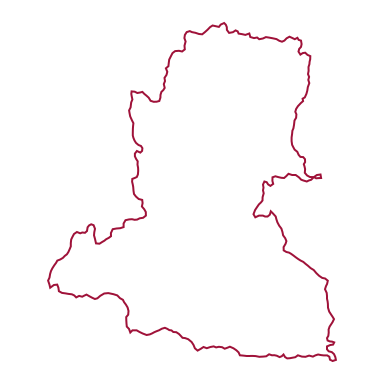 Peçanha, Minas Gerais, Brazil
{"feature_id": "56859067B17789026989145", "entity_name": "Peçanha", "entity_type": "district", "adm_level": 2, "iso_a3": "BRA", "parent_name": "Brazil", "parent_adm1": "Minas Gerais", "projection": "albers", "projection_center": [-42.509, -18.539], "detail": "fine", "context": "isolated", "style": "outline", "palette": "rose", "viewbox_px": 384, "rotation_deg": 0, "n_neighbors": 0, "source": "geoboundaries", "source_scale": "gbopen_adm2", "svg_char_len": 5443}
<svg xmlns="http://www.w3.org/2000/svg" viewBox="0 0 384 384"><path d="M76.9,232.0L74.0,234.0L72.5,236.8L71.2,239.5L70.8,243.1L70.8,246.4L69.6,249.3L68.4,252.0L66.9,254.3L64.8,255.9L62.9,257.9L60.2,259.5L57.3,260.6L56.1,262.8L54.2,265.4L52.3,268.4L51.0,271.0L50.1,274.0L49.5,277.6L48.1,280.6L49.4,284.4L50.2,287.7L53.9,285.0L57.2,284.6L58.4,287.7L58.9,291.2L62.0,292.9L65.6,293.4L68.4,293.9L71.9,294.3L74.2,295.4L76.2,297.4L79.1,295.9L82.2,296.7L84.3,295.6L86.5,294.6L89.3,296.2L92.1,297.7L94.9,299.0L97.4,298.3L100.3,295.8L104.2,293.5L108.3,293.1L110.7,293.6L113.5,294.2L117.3,295.4L120.0,298.2L122.9,299.8L124.1,302.2L125.9,304.6L127.6,307.5L128.5,311.0L128.2,314.7L126.2,317.1L126.3,320.3L126.5,323.6L126.8,326.6L129.0,328.9L130.3,332.5L132.5,330.3L136.6,330.3L139.4,331.9L142.7,333.5L146.6,335.0L149.8,334.4L152.1,333.4L154.3,332.2L156.6,331.2L159.0,330.3L161.9,328.7L164.9,327.8L167.4,328.9L169.3,330.1L171.5,330.4L173.3,332.0L176.3,332.2L179.0,334.0L181.0,336.1L182.5,337.8L185.1,338.1L188.2,339.2L191.6,342.0L193.5,344.9L194.9,348.3L197.6,350.6L200.8,348.8L203.5,347.0L206.8,348.2L210.4,347.0L213.7,346.4L216.1,347.4L218.9,346.8L222.1,347.2L224.7,348.7L227.5,347.7L229.9,346.7L233.5,348.3L236.4,350.3L238.6,352.4L239.9,355.3L243.3,355.6L246.7,356.0L249.1,356.0L252.4,355.9L255.7,356.1L259.3,356.8L263.0,356.6L266.2,356.3L269.1,354.3L272.0,355.3L274.3,355.2L276.7,355.7L279.6,357.1L281.8,356.2L283.5,354.5L285.1,357.1L287.2,358.4L289.9,358.2L293.1,357.6L295.3,357.2L297.9,355.3L301.9,356.6L305.5,356.8L309.1,355.6L312.9,356.6L315.3,355.4L318.1,354.5L321.1,355.1L323.7,355.4L327.2,355.4L329.3,356.7L330.0,359.7L332.6,361.0L335.9,359.9L335.3,357.0L334.0,354.1L331.8,352.1L328.7,351.3L327.0,349.3L327.0,346.4L330.3,345.0L333.1,344.6L334.2,342.4L332.0,341.6L329.8,341.4L327.6,340.5L327.0,338.1L328.3,335.9L328.7,332.7L328.6,329.5L329.6,326.6L331.0,324.5L332.5,322.2L334.0,319.1L332.6,316.8L331.2,314.7L329.2,311.6L328.0,307.7L327.9,303.9L327.6,301.4L327.0,298.7L327.0,296.0L326.7,292.9L325.0,289.2L326.0,286.1L327.1,283.9L327.8,280.7L325.1,278.5L322.2,277.9L319.1,275.8L316.3,273.1L313.7,270.0L310.6,268.1L307.9,265.7L305.6,263.9L303.3,261.9L300.5,260.5L298.0,258.9L295.5,257.1L293.7,255.7L291.2,253.9L289.0,252.6L286.4,252.0L283.7,250.4L283.6,247.1L285.6,243.7L286.4,241.1L285.2,238.2L283.1,235.3L282.5,232.2L281.4,228.6L279.2,225.7L277.4,222.3L276.4,219.3L275.7,216.5L273.0,213.5L270.8,211.3L269.8,214.7L267.6,216.5L265.0,216.5L262.9,215.6L259.0,215.6L255.3,217.3L253.5,214.2L255.1,210.0L257.1,207.0L258.9,204.4L261.0,202.4L262.5,200.5L262.6,197.2L263.7,193.3L263.0,190.3L263.5,187.7L263.0,184.6L264.4,181.5L266.7,182.2L268.1,184.4L270.4,185.9L273.2,183.9L272.4,180.9L272.5,177.3L275.4,176.3L278.7,177.2L281.4,177.8L284.1,178.0L286.2,176.2L288.5,173.8L292.1,175.0L295.7,175.0L298.9,177.3L301.2,179.7L303.4,180.5L306.8,181.5L308.8,180.5L311.1,179.8L313.9,177.1L309.9,177.0L307.1,175.5L304.8,172.8L305.1,169.1L304.5,166.4L303.8,164.2L305.1,162.1L305.0,159.2L303.2,157.1L300.4,156.9L298.6,154.8L297.3,151.8L294.6,149.6L293.3,147.2L292.1,144.8L291.6,141.1L291.6,137.5L292.1,133.9L292.4,130.7L293.4,128.4L294.0,125.0L294.5,120.5L296.1,117.8L296.4,114.3L295.3,111.8L296.1,109.0L297.9,106.2L300.8,103.1L303.1,101.1L302.6,98.7L304.8,97.4L306.4,93.9L307.3,90.6L307.8,87.2L309.3,83.1L308.3,79.9L309.1,76.9L308.0,74.1L308.6,70.9L308.5,67.0L309.4,64.2L309.6,61.7L310.2,59.3L310.3,56.1L307.5,54.9L305.2,52.7L302.7,53.1L300.4,54.6L298.5,51.6L299.2,48.9L301.0,46.9L301.6,44.1L301.0,40.6L298.7,39.9L297.4,37.8L294.8,39.2L292.1,37.9L289.5,36.7L286.6,38.3L284.4,40.6L282.0,41.7L279.3,40.8L276.5,39.1L272.8,38.3L269.1,37.6L265.9,37.1L262.9,38.5L259.2,39.2L257.1,37.5L254.0,38.1L250.3,37.0L249.3,33.5L245.4,34.9L241.8,34.1L238.6,33.6L237.7,31.4L235.6,30.4L232.9,32.2L229.1,32.9L226.9,29.9L226.8,27.1L225.8,24.7L224.1,23.0L220.7,24.6L218.9,26.9L216.2,26.3L212.6,25.5L210.1,27.1L207.6,29.7L204.7,32.3L202.2,34.3L199.0,34.0L195.4,32.8L191.9,32.1L189.8,31.1L186.7,32.1L184.9,34.9L184.4,38.1L185.6,41.5L184.5,45.7L184.8,49.4L182.1,51.5L179.0,50.8L175.1,51.1L172.5,53.1L171.1,55.8L169.2,59.6L168.7,63.5L168.4,66.2L165.9,68.3L167.3,71.8L166.5,74.9L164.5,77.9L165.0,81.1L163.8,84.1L164.7,87.9L163.3,90.1L161.4,91.9L160.5,94.9L160.4,97.7L159.3,101.0L156.6,101.7L153.7,101.8L150.6,100.8L148.7,97.7L146.4,95.6L144.2,93.8L142.4,91.9L140.1,92.5L137.3,93.0L134.7,91.7L131.6,91.4L131.3,93.9L131.7,96.2L132.4,99.5L131.2,102.4L130.9,104.8L130.6,107.4L129.1,110.4L129.5,112.9L130.2,116.4L131.9,120.2L133.4,123.2L133.1,125.8L132.9,128.5L132.8,132.7L132.8,135.5L133.4,137.8L134.5,140.5L136.0,142.9L138.5,145.0L141.0,146.0L142.4,148.2L142.1,150.9L140.3,152.6L136.9,151.0L134.9,153.6L134.9,156.3L136.1,158.9L137.7,161.3L137.5,164.6L138.1,167.9L138.2,171.0L137.9,174.5L136.8,177.0L134.7,178.0L132.3,178.9L132.1,181.7L132.7,184.2L133.2,186.9L133.5,190.7L134.0,194.0L136.0,196.6L138.7,199.0L142.2,199.9L142.6,203.1L141.9,206.5L144.2,209.2L145.8,212.0L145.9,215.6L143.1,217.8L139.7,218.3L137.1,219.6L134.6,219.8L132.0,219.2L129.1,219.4L125.5,220.2L123.6,223.5L123.6,227.1L120.2,228.2L116.5,228.5L112.7,229.2L110.9,233.1L111.0,236.2L108.7,237.9L106.2,239.2L104.4,240.7L102.3,241.9L99.5,243.7L96.0,243.4L95.0,238.9L94.0,235.3L94.3,232.2L95.0,228.8L93.6,225.2L91.2,224.3L89.1,225.4L87.6,227.3L87.0,231.0L85.0,232.8L82.3,232.5L80.2,233.3L76.9,232.0ZM320.5,174.5L316.9,175.0L313.9,177.1L316.1,178.3L318.7,178.1L321.1,178.0L320.5,174.5Z" fill="none" stroke="#9f1239" stroke-width="2"/></svg>